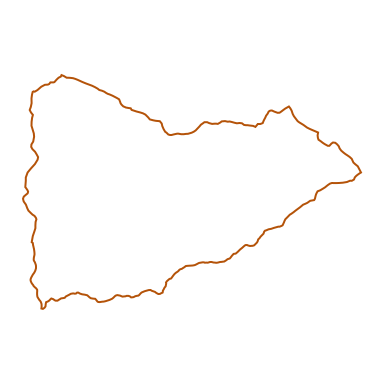 outline of Patakla, Chirang, Bhutan
{"feature_id": "84629894B80971974621988", "entity_name": "Patakla", "entity_type": "district", "adm_level": 2, "iso_a3": "BTN", "parent_name": "Bhutan", "parent_adm1": "Chirang", "projection": "albers", "projection_center": [90.14, 27.135], "detail": "fine", "context": "isolated", "style": "outline", "palette": "amber", "viewbox_px": 384, "rotation_deg": 0, "n_neighbors": 0, "source": "geoboundaries", "source_scale": "gbopen_adm2", "svg_char_len": 5508}
<svg xmlns="http://www.w3.org/2000/svg" viewBox="0 0 384 384"><path d="M33.6,91.4L32.7,91.9L32.0,94.7L31.5,98.4L31.6,103.2L30.8,107.0L29.7,110.0L31.0,112.5L32.9,114.9L32.1,117.9L31.6,121.8L31.5,125.8L32.5,129.1L33.8,133.4L34.1,136.7L33.2,141.6L31.4,144.5L31.3,146.0L31.2,146.9L32.4,149.1L35.1,151.8L36.7,154.5L38.1,157.1L37.6,159.7L34.9,164.1L31.0,168.4L27.6,172.5L25.8,177.5L25.8,180.8L25.3,187.1L26.2,188.3L27.6,190.4L28.1,191.8L27.6,193.4L26.0,194.7L23.8,196.6L23.0,198.8L23.7,201.5L25.9,204.6L27.3,208.3L28.4,210.6L30.7,212.9L32.5,214.6L34.5,215.9L35.9,217.8L36.4,219.3L35.6,221.9L35.4,225.3L35.4,228.2L34.4,231.4L32.8,236.1L31.7,242.2L32.8,243.0L33.0,244.4L33.1,245.3L33.3,246.0L33.7,247.8L34.0,249.0L34.3,251.2L34.4,252.1L34.5,253.5L34.5,254.6L34.3,255.6L33.9,257.4L33.8,258.3L33.7,259.2L33.8,260.4L34.4,261.5L34.9,262.3L35.4,263.7L35.8,264.8L36.0,266.0L36.0,267.2L36.0,268.3L35.3,270.6L35.0,271.2L34.3,272.6L33.6,273.6L32.9,274.5L31.8,276.5L31.2,277.6L30.6,279.2L30.6,280.5L30.9,281.5L31.6,283.0L32.5,284.3L33.2,285.1L33.6,286.0L34.9,287.3L35.9,288.1L37.1,289.6L37.2,290.6L37.2,291.3L37.1,292.5L37.1,294.5L37.3,296.3L37.5,297.0L38.4,298.5L38.8,299.1L39.5,300.2L40.1,300.8L40.5,301.4L40.9,302.1L41.5,303.9L41.6,304.8L41.6,305.8L41.6,307.0L41.4,308.5L42.9,308.9L44.5,307.8L45.5,306.4L45.7,304.2L46.1,302.2L47.8,301.5L49.2,300.6L50.6,299.1L51.3,298.5L53.1,299.1L54.8,300.3L55.7,300.7L57.5,300.7L58.5,300.0L59.7,299.3L61.1,298.4L63.2,298.1L64.7,297.8L65.8,296.5L67.5,295.6L69.1,294.8L70.8,293.8L73.1,293.4L74.9,293.7L76.1,293.5L77.1,292.6L78.3,292.6L80.0,293.6L82.1,294.3L84.9,294.7L87.3,295.3L89.6,297.4L90.8,298.2L92.9,298.6L95.2,298.8L96.1,299.8L97.5,301.6L98.3,302.0L99.7,302.1L102.2,301.7L103.7,301.6L105.5,301.2L109.6,299.9L112.2,298.7L113.5,297.6L115.0,296.1L115.9,295.5L117.3,295.1L120.0,295.6L122.4,296.6L125.5,296.3L126.5,295.9L128.5,295.9L129.8,296.3L131.1,297.4L132.4,297.3L133.6,297.1L135.3,296.2L137.0,295.8L138.4,295.6L139.2,295.0L140.6,293.4L141.6,292.5L144.7,291.2L148.6,290.1L149.9,290.0L150.6,290.0L151.6,290.7L153.0,291.2L155.0,291.9L156.4,293.0L158.3,294.0L160.0,293.9L161.2,293.2L162.6,292.6L162.8,291.9L162.9,290.6L163.7,289.4L164.1,288.4L164.8,287.3L165.6,286.4L165.9,285.0L166.2,283.5L166.0,282.5L166.8,281.3L168.0,280.2L169.5,278.9L170.9,278.6L171.5,278.0L172.5,276.6L173.6,275.1L174.6,273.9L176.1,272.6L177.4,271.8L178.4,271.0L179.3,269.9L180.4,269.2L181.7,268.9L183.2,267.9L184.5,267.1L185.7,266.1L186.8,265.9L189.5,265.7L191.3,265.6L192.7,265.5L193.8,265.3L194.8,265.1L196.5,264.3L198.5,263.2L199.2,262.9L200.5,262.7L201.6,262.5L202.7,262.3L203.9,262.3L204.8,262.7L206.3,262.6L207.8,262.7L210.0,262.0L211.6,262.0L213.5,262.5L214.9,262.6L216.2,262.8L217.8,262.6L220.0,262.0L221.4,261.9L224.3,261.5L226.3,260.2L227.5,259.2L229.7,258.5L230.3,257.9L231.9,255.8L233.6,253.9L235.7,253.6L237.6,252.0L240.1,249.5L242.1,247.9L244.2,246.0L245.4,245.1L247.0,245.0L248.1,245.5L250.0,246.0L251.0,245.9L252.7,245.8L254.2,245.3L256.9,242.6L257.6,241.4L258.2,239.4L259.4,238.3L260.6,236.6L261.5,235.7L262.7,234.5L263.5,233.7L264.2,231.6L265.0,230.7L266.3,230.3L268.6,229.3L271.3,228.8L273.9,227.9L278.2,226.7L279.6,226.7L281.5,225.9L282.6,225.3L284.0,222.3L284.4,221.2L285.3,219.3L287.5,217.1L289.8,214.7L291.3,213.8L293.7,212.1L294.9,211.1L296.2,210.1L300.0,207.3L303.1,204.7L305.5,203.7L307.4,202.8L308.9,201.7L310.2,200.8L311.3,200.6L314.1,200.1L314.6,199.4L315.0,198.5L315.4,196.7L315.8,195.1L316.4,193.5L317.6,191.3L320.2,190.3L323.2,188.5L325.1,187.3L326.3,186.3L327.8,185.1L330.0,183.6L331.9,183.0L335.2,183.1L338.7,183.0L342.8,182.7L347.0,182.0L350.1,180.7L351.8,180.8L354.0,179.5L354.8,177.4L356.1,176.0L357.3,175.0L358.4,174.2L359.4,173.5L360.0,173.1L361.0,172.5L357.8,166.3L355.0,164.0L353.4,162.5L351.7,158.8L349.6,156.9L347.3,155.3L345.6,154.2L343.5,152.6L341.2,150.6L339.6,148.4L338.8,146.3L337.2,144.4L335.3,142.8L333.0,142.5L331.4,143.6L329.4,145.8L327.8,145.8L324.7,144.1L322.6,142.7L320.7,141.2L318.5,139.7L317.9,137.8L317.6,135.4L318.1,132.5L316.0,131.6L313.4,130.5L309.7,128.9L307.1,127.6L303.4,124.9L299.0,122.2L297.6,121.1L295.4,118.2L293.9,116.2L292.7,113.9L291.6,110.6L290.3,108.3L288.9,106.5L285.2,108.6L283.3,110.0L281.2,111.6L279.6,112.7L277.6,112.8L274.3,111.6L271.9,110.5L270.5,110.6L269.6,110.9L268.6,111.7L267.7,113.6L266.1,115.7L265.3,117.6L263.8,120.4L262.7,123.1L260.3,124.0L257.8,124.0L256.5,125.6L255.4,126.9L253.1,125.9L249.7,125.5L247.6,125.2L245.9,125.2L244.0,124.9L242.0,123.3L239.6,123.0L236.9,123.3L234.7,122.8L231.8,122.0L229.7,121.5L227.7,121.7L225.0,121.1L221.7,121.4L220.3,122.5L217.8,123.9L216.4,123.7L214.5,123.7L212.1,123.9L209.1,123.1L207.2,122.2L204.4,122.2L202.8,123.4L200.9,124.7L199.5,126.4L195.7,130.4L193.8,131.7L191.7,132.7L188.0,133.8L185.9,133.9L183.7,134.2L181.2,134.2L178.5,133.7L177.0,133.7L173.8,134.4L171.5,135.0L170.0,135.0L168.3,134.5L166.4,132.6L165.2,131.8L163.6,129.1L162.3,126.1L161.7,123.5L159.8,121.2L155.7,120.8L153.2,120.3L149.8,119.4L148.2,117.4L145.4,114.6L142.9,113.3L140.0,112.4L136.5,111.5L134.1,110.7L131.6,109.9L130.7,108.3L128.5,108.0L125.8,107.5L124.6,106.9L123.3,106.4L121.4,104.5L120.6,103.3L120.0,101.5L119.1,99.3L116.7,97.9L112.5,95.7L109.5,94.4L107.9,93.9L106.2,93.0L104.3,91.7L101.9,90.7L99.3,90.0L97.7,88.7L94.9,87.1L92.0,85.7L85.8,83.4L82.4,82.0L77.8,79.9L75.3,78.9L73.1,78.2L69.8,77.8L66.6,77.7L64.0,76.1L61.5,75.1L60.8,76.6L58.6,77.7L56.6,79.6L54.4,82.1L53.4,82.4L50.4,82.4L49.2,84.0L47.9,84.6L44.9,84.8L41.3,86.7L37.4,90.1L34.7,91.7L33.6,91.4Z" fill="none" stroke="#b45309" stroke-width="2"/></svg>